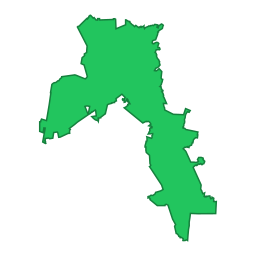 the district of Salvador Alvarado, Sinaloa, Mexico
{"feature_id": "50627088B8261006945538", "entity_name": "Salvador Alvarado", "entity_type": "district", "adm_level": 2, "iso_a3": "MEX", "parent_name": "Mexico", "parent_adm1": "Sinaloa", "projection": "natural_earth1", "projection_center": [-108.084, 25.381], "detail": "fine", "context": "isolated", "style": "filled", "palette": "green", "viewbox_px": 256, "rotation_deg": 0, "n_neighbors": 0, "source": "geoboundaries", "source_scale": "gbopen_adm2", "svg_char_len": 5742}
<svg xmlns="http://www.w3.org/2000/svg" viewBox="0 0 256 256"><path d="M174.6,226.3L176.2,233.5L176.9,233.7L177.5,234.1L178.1,234.8L178.9,236.4L179.5,236.4L180.1,237.5L180.4,236.9L183.2,238.6L182.9,240.5L183.4,240.6L184.9,240.5L185.5,240.4L186.2,239.9L186.6,239.9L187.6,240.5L188.0,235.0L188.5,229.5L189.2,225.7L189.2,222.1L190.0,216.9L190.4,213.4L197.8,213.7L215.7,213.6L216.3,201.5L215.1,201.7L213.7,201.5L213.9,200.6L213.5,199.3L213.8,198.3L212.6,197.5L212.0,197.2L211.9,198.2L211.7,198.5L210.6,198.7L209.8,195.9L209.1,196.1L208.7,196.0L206.6,196.7L206.8,196.2L206.1,196.2L204.6,196.8L204.1,196.5L204.4,195.4L204.3,194.1L204.6,192.9L202.8,193.7L202.0,191.8L201.8,190.9L200.7,189.2L200.7,188.6L201.1,185.2L201.0,184.7L193.2,167.5L193.9,166.4L194.5,166.1L195.2,165.3L195.7,165.2L196.2,165.5L196.6,165.5L197.0,165.4L197.1,164.6L197.5,164.4L197.7,164.7L197.9,164.6L197.9,164.2L198.7,163.9L199.7,164.3L200.5,163.5L201.0,163.6L201.4,164.5L202.0,164.7L203.0,163.9L203.8,163.7L204.6,161.9L204.7,161.2L203.9,160.6L203.8,160.2L203.6,160.1L203.0,159.6L203.2,158.9L203.1,158.1L201.2,157.4L198.7,157.5L197.5,159.5L198.2,160.8L198.4,161.5L196.9,162.2L195.9,162.5L194.7,162.2L190.7,162.1L185.9,151.5L185.2,150.6L183.2,148.8L184.8,147.2L185.9,147.4L186.3,147.0L187.4,146.6L187.7,147.3L189.0,147.5L189.0,146.4L190.7,145.4L191.5,145.2L192.3,142.5L192.9,142.7L193.5,139.6L195.7,137.6L197.4,137.9L197.8,134.9L197.3,134.8L197.9,132.0L185.8,129.5L184.7,128.3L183.6,128.2L183.0,128.0L183.0,127.0L183.4,127.0L183.5,126.4L183.9,125.1L183.8,124.4L184.1,123.5L184.5,123.1L184.7,121.7L184.5,120.0L184.5,119.2L185.1,117.9L185.4,115.5L186.0,113.8L187.4,111.8L189.1,112.3L190.2,110.5L185.6,108.6L183.6,114.7L173.3,114.3L164.8,110.0L164.5,107.6L163.9,106.6L163.4,103.4L166.6,103.6L164.0,97.5L163.4,96.7L163.6,95.6L163.4,95.0L163.4,94.4L162.4,92.2L161.9,91.8L162.6,91.4L163.0,90.8L162.8,90.3L162.7,90.2L162.3,90.3L161.5,89.6L161.7,89.3L161.0,87.2L160.2,86.7L160.9,86.5L160.5,85.7L161.4,84.3L161.6,83.2L162.1,82.0L162.7,79.4L161.7,79.1L161.4,78.7L161.1,77.7L161.8,71.6L159.2,68.8L158.7,68.9L158.6,69.3L157.4,70.2L156.2,70.9L154.5,70.6L155.8,68.2L157.0,67.8L158.9,66.7L158.9,66.0L160.0,65.1L159.9,64.3L159.6,64.2L159.4,62.2L159.6,61.6L158.9,60.6L158.9,60.1L157.3,58.2L156.4,55.9L156.8,55.0L156.3,54.1L156.1,53.2L155.1,52.5L156.2,49.8L158.4,49.6L159.4,49.8L160.0,49.3L159.8,48.4L159.4,47.6L157.9,47.5L157.9,46.0L158.8,43.5L157.8,42.5L156.6,42.3L155.1,42.8L154.5,43.5L154.0,43.3L153.5,43.8L152.7,43.6L152.2,43.0L152.2,42.3L152.6,40.8L153.0,40.5L154.2,40.1L155.6,39.8L157.5,34.7L157.8,33.3L157.7,32.0L158.5,32.0L158.7,30.8L162.2,28.6L162.5,28.1L162.7,26.8L163.3,25.3L162.5,24.5L161.4,24.0L158.8,25.8L158.1,27.9L156.9,27.2L157.8,25.0L157.3,24.8L154.8,24.4L153.4,25.6L152.7,25.2L151.1,25.7L150.5,25.6L150.0,26.1L148.9,25.9L148.5,26.3L145.4,27.6L144.5,28.6L143.8,26.4L143.9,25.9L142.8,26.7L142.3,26.6L141.3,27.3L140.9,26.4L140.2,27.2L139.6,27.1L139.4,26.9L139.0,27.1L138.9,27.6L138.1,27.2L135.8,25.4L134.6,26.6L133.4,25.4L132.5,24.9L131.6,24.2L130.9,23.4L129.4,22.0L129.7,21.5L128.1,21.1L125.9,19.8L125.6,19.9L125.6,24.8L116.0,28.8L115.6,19.4L115.3,19.4L114.9,18.7L113.4,18.8L113.3,19.5L112.9,19.5L99.7,20.0L99.5,19.9L99.5,18.6L97.6,18.6L97.5,20.1L96.0,20.0L94.1,17.6L93.3,18.2L90.7,15.4L90.0,15.7L89.9,15.5L88.9,16.3L88.8,17.3L88.1,17.7L88.1,18.1L87.6,18.8L87.4,19.0L87.1,18.6L86.9,18.8L86.7,18.6L79.9,25.3L79.7,25.8L78.9,26.2L78.0,26.4L77.4,27.0L87.1,45.9L86.6,52.5L84.3,54.0L84.6,55.6L82.1,57.7L81.1,63.6L84.1,65.0L86.8,74.6L87.3,76.5L87.2,76.8L85.6,78.8L84.4,78.6L75.7,75.1L74.7,74.9L61.7,76.7L61.6,77.6L59.8,79.1L58.9,80.7L57.7,80.9L56.1,82.4L54.0,82.8L52.9,83.5L51.9,84.4L50.5,92.7L50.9,92.8L49.2,104.7L46.5,120.6L41.5,119.1L40.9,120.5L40.6,121.8L39.7,121.8L39.7,131.4L43.1,132.7L43.9,127.9L45.2,128.1L42.7,142.0L45.1,143.3L45.5,143.5L45.8,143.4L45.2,141.4L45.9,141.8L45.2,141.1L45.2,138.4L46.3,138.4L48.4,138.0L49.8,138.7L52.8,138.2L53.7,132.5L57.2,132.0L57.9,133.1L58.7,137.3L58.9,137.3L60.2,137.1L68.1,133.4L69.7,133.3L69.7,132.8L69.5,132.4L69.7,130.1L70.3,129.5L69.3,128.5L74.7,124.4L77.4,122.1L88.2,114.7L84.9,106.4L87.0,105.9L89.7,106.4L88.5,113.0L89.0,114.2L90.1,113.6L91.6,112.1L91.8,112.3L95.3,110.0L95.7,110.7L96.3,115.9L91.8,116.6L93.4,118.3L95.0,119.6L96.2,120.2L96.5,120.1L97.5,120.6L97.9,120.6L98.3,121.4L98.7,118.8L98.2,118.8L98.1,118.1L98.7,118.0L98.9,118.0L100.7,117.8L100.7,117.3L105.0,114.0L105.2,113.4L105.4,113.5L107.4,104.9L108.3,104.2L111.8,103.3L111.8,102.8L114.5,102.5L114.4,102.1L115.2,101.3L116.4,100.9L116.0,98.6L121.9,94.2L125.1,97.4L124.3,99.3L124.2,99.7L123.1,99.5L123.2,98.9L122.6,98.8L122.4,99.3L122.6,99.5L122.8,99.8L122.7,100.1L122.8,100.2L122.9,99.9L124.3,100.3L124.2,102.3L125.4,102.0L126.4,100.3L126.8,100.5L127.2,99.4L126.8,99.2L127.0,98.8L127.8,99.5L128.0,101.1L127.7,101.6L128.1,102.0L128.6,101.4L129.9,103.7L128.8,103.7L127.7,104.5L127.9,105.3L125.7,107.1L124.2,107.8L142.8,123.0L146.2,121.3L146.6,121.7L148.6,121.4L149.8,122.3L150.9,124.1L148.8,125.8L150.0,126.1L151.0,126.0L152.1,127.0L151.8,127.8L151.1,127.5L150.9,127.9L150.3,127.9L149.9,128.6L149.7,129.0L149.9,130.7L149.0,132.2L148.8,133.0L148.2,134.0L152.7,133.6L152.6,134.9L151.9,135.8L152.1,137.0L152.0,137.5L151.6,138.3L146.8,136.8L147.0,137.6L147.0,140.5L146.6,141.5L146.1,141.4L146.0,142.3L145.0,146.1L145.1,147.1L145.9,147.0L145.9,150.4L146.3,152.5L149.5,155.3L150.0,163.7L150.8,165.2L150.7,165.4L150.4,165.5L150.1,166.6L149.6,166.7L161.6,185.0L163.1,189.5L160.6,190.9L155.6,192.4L155.2,193.7L152.9,195.5L151.8,195.3L150.8,195.3L149.7,196.2L148.9,196.3L148.0,196.6L148.0,198.0L149.2,197.7L150.3,198.9L150.0,199.6L157.3,205.6L165.0,205.6L165.2,204.7L166.2,204.3L168.0,205.1L172.6,219.1L175.6,224.6L174.6,226.3Z" fill="#22c55e" stroke="#15803d" stroke-width="1.5"/></svg>